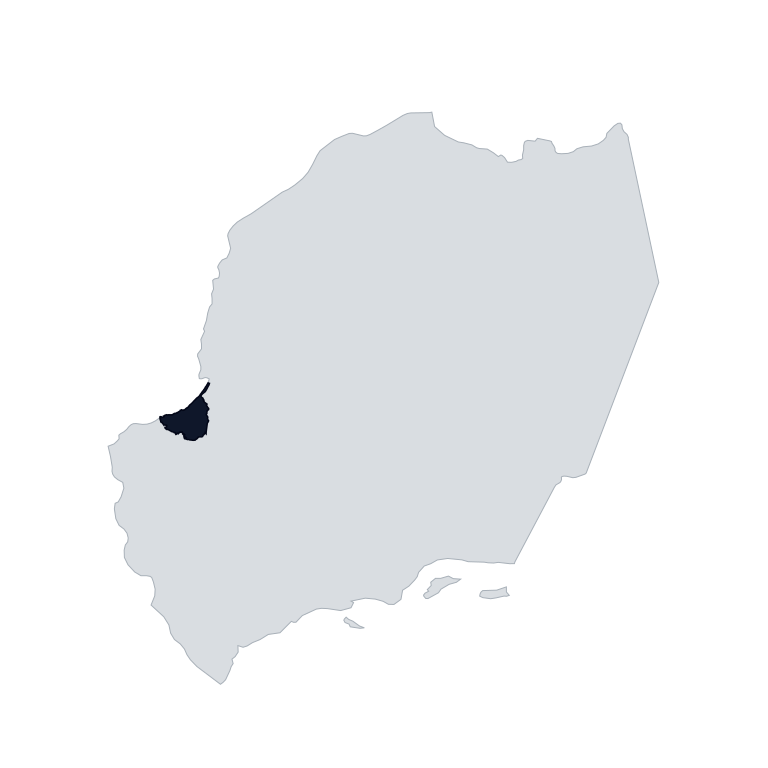 Ludewa, Njombe, United Republic of Tanzania (highlighted), rotated 78°
{"feature_id": "72390352B43391507115191", "entity_name": "Ludewa", "entity_type": "district", "adm_level": 2, "iso_a3": "TZA", "parent_name": "United Republic of Tanzania", "parent_adm1": "Njombe", "projection": "natural_earth1", "projection_center": [34.61, -10.023], "detail": "fine", "context": "in_parent", "style": "filled", "palette": "ink", "viewbox_px": 768, "rotation_deg": 78, "n_neighbors": 0, "source": "geoboundaries", "source_scale": "gbopen_adm2", "svg_char_len": 9275}
<svg xmlns="http://www.w3.org/2000/svg" viewBox="0 0 768 768"><g transform="rotate(78 384 384)"><path d="M292.6,549.1L285.0,544.5L278.0,541.7L272.4,538.6L269.9,535.5L264.6,534.4L260.0,533.9L255.7,531.0L247.0,530.0L246.0,528.1L245.9,523.9L244.4,522.8L241.2,521.8L237.8,521.8L235.7,522.4L234.4,522.1L231.6,519.7L229.0,516.5L228.0,511.5L224.0,508.3L219.4,505.8L206.6,506.1L204.6,505.3L201.5,502.8L198.0,498.6L195.1,493.8L192.6,487.3L189.9,478.6L175.2,443.7L173.7,437.1L170.8,429.8L166.1,420.8L161.1,414.2L154.3,408.1L146.7,402.1L142.5,398.0L134.6,381.6L133.0,373.9L131.7,366.0L132.2,362.7L137.1,352.5L137.6,349.6L137.0,345.7L134.6,337.5L131.5,327.6L125.2,309.6L124.3,305.0L124.4,301.6L128.0,283.2L128.0,280.7L142.7,281.0L153.4,273.0L162.7,261.0L164.6,256.0L168.4,248.3L172.1,244.4L173.5,241.8L175.7,234.1L180.6,228.9L185.3,224.9L184.3,222.1L185.0,221.0L187.6,219.0L192.7,217.1L193.7,213.1L193.7,208.5L192.9,206.0L193.0,203.1L192.2,201.4L188.9,201.0L184.0,198.7L179.8,197.8L177.0,196.5L176.0,195.4L175.6,192.7L177.9,185.7L175.6,182.8L180.7,171.2L181.6,169.8L183.5,169.6L186.4,168.4L189.1,167.8L191.4,168.2L193.0,167.7L194.5,166.4L195.7,162.5L196.7,155.9L196.1,150.5L194.0,146.4L193.4,140.0L194.4,131.5L193.7,124.5L191.3,118.8L188.9,115.5L185.2,113.9L179.4,105.3L177.7,101.1L178.0,98.5L180.0,97.4L183.7,97.8L187.1,96.8L190.4,94.4L193.5,93.7L195.2,94.1L341.8,94.1L513.1,204.7L513.9,206.0L515.2,215.6L514.9,218.8L512.3,224.3L511.5,227.1L511.5,229.1L512.1,229.9L514.4,230.2L516.3,231.5L517.0,232.5L518.4,236.7L520.3,238.7L585.3,293.0L586.8,293.8L585.9,298.4L582.2,309.4L581.9,314.0L580.5,319.4L579.1,323.0L575.3,338.6L572.2,344.4L567.9,358.0L567.2,368.4L569.5,375.7L570.4,382.5L575.4,389.3L579.4,391.6L582.1,394.7L586.9,401.7L589.6,408.7L598.2,412.2L601.7,420.1L600.4,425.5L596.4,430.0L592.6,437.2L589.6,446.8L589.5,461.4L591.5,459.2L596.0,462.8L596.6,473.5L591.9,486.1L590.4,491.9L590.1,496.9L593.5,512.0L598.7,519.6L598.3,522.0L596.9,524.0L605.7,537.5L604.9,549.3L608.2,558.4L609.6,566.3L611.8,572.4L612.2,576.6L609.5,581.3L615.9,582.4L619.7,586.3L621.5,589.9L626.1,589.7L628.6,592.2L632.2,594.3L640.3,600.4L642.4,603.5L643.7,606.4L621.5,625.7L613.5,630.7L607.8,633.0L601.7,634.3L595.9,637.3L590.4,642.1L583.4,644.5L574.9,644.5L565.9,647.8L551.8,657.8L543.6,652.3L537.1,650.5L529.7,650.7L525.2,651.4L523.6,652.6L522.2,656.0L521.0,661.6L516.1,666.9L507.6,672.0L499.7,674.0L492.5,672.7L487.7,670.5L485.1,667.5L481.4,666.2L476.5,666.4L471.8,668.5L467.2,672.5L460.0,674.3L450.1,673.7L444.8,671.8L444.1,668.5L439.7,664.6L431.8,660.1L425.9,660.0L422.2,664.3L418.8,667.0L415.7,668.1L412.9,668.2L408.9,667.1L397.9,666.6L387.5,666.8L386.5,660.6L384.3,656.8L382.5,654.5L378.9,654.0L377.9,652.2L376.7,648.4L374.9,645.1L372.6,642.3L371.2,639.8L370.7,637.5L371.1,634.9L373.3,628.6L374.0,624.2L373.7,619.7L372.5,615.2L370.1,609.7L370.3,608.1L369.5,604.4L369.4,601.8L369.9,598.6L369.4,594.3L367.3,585.2L367.3,582.9L365.1,578.5L358.2,568.1L357.8,566.7L347.0,556.2L342.7,553.9L341.1,555.9L340.5,557.7L341.0,561.1L340.7,562.7L340.3,563.5L337.7,563.4L336.1,563.0L332.0,560.2L328.8,559.5L320.9,560.0L318.1,560.6L315.9,560.0L311.7,555.2L306.8,554.2L302.4,553.9L295.1,548.5L292.6,549.1ZM599.5,374.1L603.0,385.6L602.5,387.7L600.0,389.1L598.7,389.2L597.1,387.3L596.0,383.4L594.1,384.4L590.9,379.7L587.6,379.5L584.8,374.0L585.9,369.1L585.3,360.9L588.8,356.7L590.8,349.6L593.0,354.4L593.5,362.0L596.5,370.9L599.5,374.1ZM616.8,305.4L617.1,308.1L616.4,310.7L616.5,318.9L616.2,324.3L613.5,331.8L611.4,334.5L609.4,333.7L607.8,332.5L606.6,330.4L609.1,316.6L607.9,306.5L612.9,307.5L616.8,305.4ZM609.2,471.7L606.7,472.4L605.7,471.7L604.2,469.5L606.9,467.5L609.5,463.8L615.6,458.3L618.4,453.9L618.0,458.2L614.5,467.5L611.6,468.1L609.2,471.7Z" fill="#d9dde1" stroke="#a8b0b8" stroke-width="1"/><path d="M346.3,555.8L349.5,558.7L349.5,558.8L349.8,559.1L349.9,559.3L350.0,559.3L350.7,560.0L351.1,560.2L351.8,561.1L353.1,562.4L353.4,563.0L353.9,563.5L354.8,564.4L354.9,564.5L355.0,564.7L355.2,564.9L355.3,565.0L355.7,565.3L355.7,565.5L355.9,565.8L356.7,566.4L356.9,566.8L357.6,567.4L357.8,567.7L357.9,568.0L358.1,568.1L358.2,568.4L358.2,568.6L358.4,568.7L358.5,569.0L358.5,569.3L358.5,569.5L358.7,569.8L359.0,570.3L359.1,570.5L359.3,570.5L359.4,570.9L359.6,571.0L359.7,571.4L360.2,571.9L360.2,572.1L360.5,572.4L360.5,572.6L360.7,572.8L361.1,573.5L361.6,574.2L362.2,574.9L362.7,575.8L363.0,576.1L363.4,577.0L363.9,577.7L364.0,578.2L364.3,578.6L364.7,578.9L364.9,579.3L365.1,579.4L365.2,579.7L365.4,579.7L365.5,580.0L365.8,580.0L366.2,580.6L366.2,581.2L366.4,581.3L366.5,581.4L366.5,581.7L366.4,581.9L366.4,582.0L366.7,582.4L366.8,582.4L366.8,582.8L367.0,582.9L367.0,583.0L367.2,583.4L367.4,583.6L367.5,583.8L367.8,584.4L367.9,584.5L368.0,584.7L368.0,585.1L367.9,585.3L368.1,585.4L368.1,585.6L367.8,586.2L367.9,586.4L367.7,586.6L367.4,587.0L367.1,587.3L367.1,587.6L367.2,587.9L367.4,588.3L367.4,588.6L367.5,588.6L368.2,589.6L368.3,590.1L368.5,590.6L368.7,590.8L368.7,591.1L368.8,591.1L369.0,591.5L369.2,591.9L369.1,592.2L369.3,592.2L369.4,592.3L369.4,592.6L369.2,592.8L369.4,593.4L369.3,593.6L369.3,593.8L369.4,594.1L369.4,594.3L369.4,594.5L369.2,594.8L369.2,595.1L369.3,595.2L369.3,595.6L369.5,595.9L369.7,596.1L369.9,596.4L370.0,596.7L369.9,596.8L370.0,597.0L369.9,597.3L370.1,597.6L370.2,597.9L369.9,598.5L370.0,598.7L370.0,598.9L369.6,599.7L369.7,599.8L369.6,600.1L369.5,600.7L369.3,601.2L369.3,602.0L369.2,602.2L369.2,602.6L368.9,603.0L369.0,603.2L369.0,603.3L368.9,603.5L369.0,604.0L368.9,604.4L368.9,604.6L369.1,604.8L369.3,605.2L369.4,605.7L369.5,606.1L370.0,605.7L370.5,606.1L370.5,606.3L370.3,606.4L370.2,606.6L370.5,606.9L370.6,607.2L370.6,607.5L370.5,607.8L370.1,608.3L369.8,608.6L369.5,609.0L369.5,609.4L369.4,609.8L369.5,609.9L369.7,610.1L370.1,610.1L370.4,609.8L370.6,609.8L370.9,610.3L371.0,610.3L371.1,610.1L371.2,609.7L371.3,609.7L371.4,609.9L371.9,609.9L372.0,610.0L372.1,610.3L372.3,610.4L372.5,610.1L372.9,610.2L373.5,610.1L374.3,610.2L374.7,610.2L375.4,609.7L375.5,609.4L375.5,608.9L376.3,608.8L378.5,607.9L378.3,607.7L378.2,607.6L378.4,607.5L378.4,607.0L378.8,606.5L378.9,605.7L379.2,605.2L379.3,605.1L380.4,605.4L380.4,605.6L380.6,605.7L380.7,605.9L380.8,605.9L380.8,606.1L381.0,606.5L380.9,606.9L380.8,607.4L381.0,607.7L380.9,607.8L381.6,607.2L382.7,606.6L382.9,606.4L383.1,606.0L383.4,605.8L383.3,605.4L383.7,604.8L383.8,604.3L384.5,603.8L384.8,603.5L385.5,602.4L386.2,602.0L387.4,599.6L387.5,599.5L387.9,599.4L387.9,598.7L388.0,598.5L388.1,598.3L388.4,598.3L388.7,598.5L388.9,598.4L389.0,598.1L389.3,597.9L389.8,598.2L390.1,598.1L390.1,597.8L390.0,597.6L389.9,597.4L389.5,597.1L389.4,596.7L389.3,596.8L389.3,597.4L389.1,597.4L389.2,596.8L389.1,596.6L389.1,596.4L389.3,596.3L389.3,596.1L389.2,595.8L389.3,595.4L389.4,595.5L389.5,595.8L389.8,595.7L389.9,595.8L390.0,595.6L389.7,595.3L389.6,595.1L389.4,594.7L389.2,594.5L388.8,594.2L388.5,593.6L388.7,593.4L388.9,593.1L388.6,592.9L388.6,592.4L388.6,592.2L388.8,592.1L389.0,592.2L389.0,591.5L389.3,591.6L389.7,591.6L389.9,591.2L390.1,591.1L390.4,590.9L390.5,590.9L390.9,591.2L391.1,591.3L391.3,591.0L391.1,590.9L390.9,590.9L390.9,590.5L391.1,590.5L391.2,590.0L391.5,590.0L391.9,590.4L392.0,590.2L392.2,589.5L392.3,589.4L392.4,589.6L392.5,590.3L392.6,590.5L392.9,590.5L393.2,590.2L393.3,590.2L393.5,590.6L394.1,590.5L394.3,590.7L394.5,590.7L394.8,590.4L395.2,590.1L395.3,589.9L395.3,589.7L394.7,589.5L394.6,589.3L394.6,589.2L395.1,589.0L395.2,588.8L395.5,588.6L395.8,588.8L395.8,589.0L395.7,589.4L395.6,589.8L395.6,590.0L395.9,590.4L396.1,590.1L396.4,590.0L396.4,589.6L396.7,588.9L397.0,588.6L397.5,587.8L397.6,587.0L397.8,586.3L398.4,585.5L398.8,583.9L399.2,583.2L399.3,582.6L399.5,581.9L399.6,580.7L399.6,580.2L399.3,580.0L399.1,579.4L399.0,579.1L398.7,579.0L398.7,578.8L398.7,578.4L398.6,578.1L398.3,578.0L398.2,577.9L398.2,577.6L397.9,577.5L397.7,577.0L397.4,576.8L397.2,576.6L397.2,576.4L397.4,576.0L397.4,575.6L397.3,575.2L397.4,574.6L397.6,574.4L397.6,574.1L397.8,573.5L397.7,572.4L397.5,572.2L397.3,572.1L396.8,571.9L396.3,571.7L396.3,571.4L396.4,571.1L395.9,570.6L395.7,570.2L395.3,570.2L394.9,569.6L394.6,569.2L394.4,569.1L395.5,568.6L395.8,568.4L395.1,568.2L395.1,568.3L385.7,565.0L385.0,564.4L384.9,564.2L384.1,563.7L383.6,563.2L383.4,563.2L382.9,563.6L382.7,563.6L382.3,563.7L382.1,563.6L381.6,563.7L381.2,563.9L381.0,563.7L380.8,563.7L380.3,563.4L379.6,563.3L379.3,563.3L378.5,563.7L378.3,563.7L377.9,564.0L377.6,564.0L377.4,564.1L377.1,564.2L376.8,564.2L376.3,563.9L376.1,563.4L375.2,563.3L374.3,562.8L374.0,562.8L373.1,562.4L373.0,562.2L372.8,561.1L372.4,560.8L372.1,560.7L371.9,560.6L371.7,560.6L371.2,560.7L370.0,561.4L368.9,561.6L368.3,562.1L367.7,562.1L367.6,561.9L367.2,561.7L367.1,561.4L366.8,561.3L366.4,561.8L366.2,561.9L365.8,562.2L365.7,562.4L365.2,562.7L365.0,563.1L364.3,563.4L364.0,563.7L363.8,563.8L363.7,563.8L363.7,563.7L363.5,563.8L363.5,563.7L363.3,563.6L363.0,563.7L362.9,563.6L362.5,563.8L362.4,563.6L361.8,563.6L361.4,563.9L361.2,564.1L360.7,564.4L360.4,564.4L360.2,564.1L359.7,564.5L359.2,565.0L358.7,565.4L358.3,565.5L357.6,565.4L357.4,565.3L356.9,565.0L356.4,564.2L356.0,563.9L355.5,562.8L355.3,562.4L354.8,561.4L354.5,560.7L353.9,560.0L353.6,559.8L352.7,558.9L350.9,557.4L350.2,556.9L348.7,555.5L347.3,554.7L347.1,554.6L346.8,555.3L346.3,555.8Z" fill="#0f172a" stroke="#020617" stroke-width="1.5"/></g></svg>